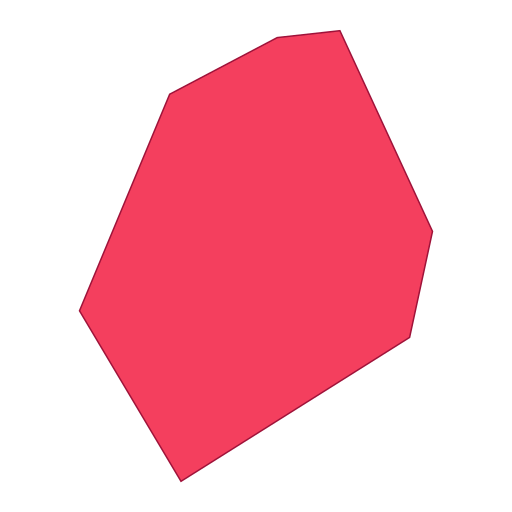 the border of Niue
{"feature_id": "NIU", "entity_name": "Niue", "entity_type": "country or territory", "adm_level": 0, "iso_a3": "NIU", "parent_name": "Oceania", "parent_adm1": "", "projection": "robinson", "projection_center": [-169.857, -19.052], "detail": "fine", "context": "isolated", "style": "filled", "palette": "rose", "viewbox_px": 512, "rotation_deg": 0, "n_neighbors": 0, "source": "natural_earth", "source_scale": "50m", "svg_char_len": 224}
<svg xmlns="http://www.w3.org/2000/svg" viewBox="0 0 512 512"><path d="M409.6,337.4L181.0,481.3L79.5,310.8L169.7,94.2L277.2,37.6L339.9,30.7L432.5,231.4L409.6,337.4Z" fill="#f43f5e" stroke="#9f1239" stroke-width="1.5"/></svg>